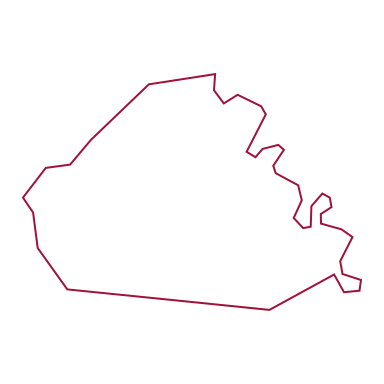 Henry, Kentucky, United States of America (orthographic projection)
{"feature_id": "52423323B56521650356129", "entity_name": "Henry", "entity_type": "district", "adm_level": 2, "iso_a3": "USA", "parent_name": "United States of America", "parent_adm1": "Kentucky", "projection": "orthographic", "projection_center": [-85.03, 38.466], "detail": "fine", "context": "isolated", "style": "outline", "palette": "rose", "viewbox_px": 384, "rotation_deg": 0, "n_neighbors": 0, "source": "geoboundaries", "source_scale": "gbopen_adm2", "svg_char_len": 619}
<svg xmlns="http://www.w3.org/2000/svg" viewBox="0 0 384 384"><path d="M45.8,167.9L23.0,197.6L33.1,212.6L37.7,248.0L67.3,289.4L269.4,309.9L334.1,274.5L344.0,292.2L359.5,290.7L361.0,280.0L342.5,274.0L340.2,261.2L352.5,237.1L341.4,229.3L321.0,223.6L320.8,214.0L331.5,207.1L329.8,197.7L322.4,193.5L311.4,206.2L310.7,226.7L303.2,228.1L293.7,218.0L301.8,200.3L298.2,185.3L275.7,173.2L273.3,165.7L283.9,149.8L278.3,144.9L262.6,148.9L255.5,157.2L246.6,151.8L265.8,114.4L261.2,106.3L237.6,94.8L223.8,103.4L214.0,90.3L215.1,74.1L148.9,84.3L91.2,139.6L70.1,164.6L45.8,167.9Z" fill="none" stroke="#9f1239" stroke-width="2"/></svg>